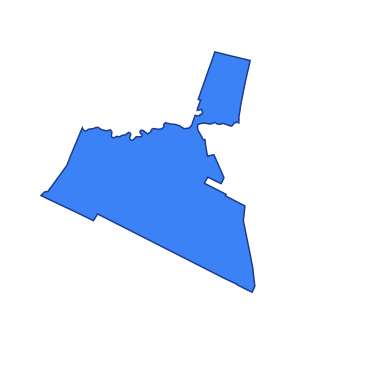 Peretu, Teleorman, Romania (Natural Earth projection), rotated 324°
{"feature_id": "2599482B52824361951621", "entity_name": "Peretu", "entity_type": "district", "adm_level": 2, "iso_a3": "ROU", "parent_name": "Romania", "parent_adm1": "Teleorman", "projection": "natural_earth1", "projection_center": [25.098, 44.029], "detail": "fine", "context": "isolated", "style": "filled", "palette": "blue", "viewbox_px": 384, "rotation_deg": 324, "n_neighbors": 0, "source": "geoboundaries", "source_scale": "gbopen_adm2", "svg_char_len": 2220}
<svg xmlns="http://www.w3.org/2000/svg" viewBox="0 0 384 384"><g transform="rotate(324 192 192)"><path d="M316.3,119.8L315.7,119.1L300.2,100.9L292.9,92.1L283.7,98.5L274.3,104.9L258.3,116.0L251.4,120.8L253.0,122.7L245.6,127.6L244.6,128.7L244.2,129.1L248.2,130.8L247.6,132.8L246.6,134.8L244.0,134.1L243.4,134.7L241.9,134.3L239.6,131.8L231.7,137.3L231.6,137.6L227.3,138.6L222.8,136.1L220.5,130.4L217.5,126.8L214.8,124.5L211.1,120.3L209.1,120.6L207.4,123.0L204.5,123.1L201.3,121.2L198.4,118.2L196.6,117.6L195.0,118.3L193.5,119.2L191.6,119.0L190.3,119.2L189.9,118.4L190.0,117.6L189.2,115.7L188.8,113.7L186.9,111.9L185.3,112.6L184.7,114.5L185.3,116.5L184.2,117.4L182.6,117.0L179.5,114.5L175.8,115.1L173.8,115.1L172.9,114.0L172.9,112.4L173.7,111.1L175.6,110.1L176.7,108.6L176.4,107.3L175.5,106.5L173.3,106.6L171.3,106.4L168.9,105.1L165.8,104.8L164.9,103.7L163.3,102.5L161.8,102.6L160.0,101.7L159.4,100.5L159.6,99.3L161.0,98.0L162.5,96.2L162.6,93.8L160.6,92.9L159.1,92.6L155.9,88.9L154.9,87.2L154.2,84.7L152.2,83.3L149.3,82.7L147.0,81.4L144.9,80.3L143.9,80.4L143.0,80.4L141.1,79.8L140.8,78.1L140.7,77.4L140.7,77.2L140.8,76.4L141.0,75.6L137.8,77.5L126.2,84.6L114.8,91.5L106.1,97.1L102.7,98.1L101.4,98.6L81.9,104.9L75.7,106.8L72.9,105.3L69.2,105.8L67.7,106.1L72.6,115.2L78.4,125.8L85.1,137.9L91.4,149.7L95.4,157.3L102.7,154.3L167.7,281.4L173.8,292.4L174.0,292.9L173.8,293.1L174.6,294.8L175.5,296.6L178.7,302.7L179.5,304.4L179.8,304.8L180.5,306.1L181.7,308.4L184.6,306.8L187.4,305.2L188.2,303.9L189.4,301.7L193.8,293.9L195.4,291.2L196.4,289.4L197.9,286.3L200.5,280.5L201.1,279.4L201.6,278.3L216.6,245.5L226.6,234.4L216.7,214.7L218.2,214.0L211.8,201.3L207.1,192.1L213.5,189.3L217.8,197.5L220.5,202.4L226.1,199.3L226.3,199.0L228.9,187.3L231.6,174.7L225.6,172.0L230.4,162.3L232.2,159.2L233.3,157.1L231.6,156.5L232.3,153.5L233.2,145.0L236.0,140.8L239.5,141.8L242.8,143.6L246.3,147.5L247.7,148.2L251.5,149.3L252.5,152.0L254.4,153.7L257.6,154.8L258.3,155.9L262.3,161.7L263.4,162.0L264.9,161.6L266.5,161.2L269.2,161.6L269.4,161.8L270.4,163.7L273.3,160.1L274.1,158.7L279.0,154.0L282.1,150.7L282.9,149.9L299.8,134.3L307.6,127.4L308.9,126.3L310.8,124.8L316.0,120.1L316.3,119.8Z" fill="#3b82f6" stroke="#1e3a8a" stroke-width="1.5"/></g></svg>